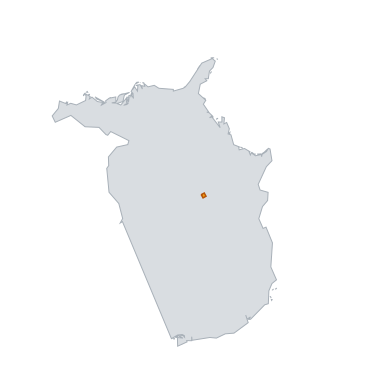 Barber, Kansas, United States of America shown in context, rotated 241°
{"feature_id": "52423323B11094144333814", "entity_name": "Barber", "entity_type": "district", "adm_level": 2, "iso_a3": "USA", "parent_name": "United States of America", "parent_adm1": "Kansas", "projection": "orthographic", "projection_center": [-98.676, 37.234], "detail": "fine", "context": "in_parent", "style": "filled", "palette": "amber", "viewbox_px": 384, "rotation_deg": 241, "n_neighbors": 0, "source": "geoboundaries", "source_scale": "gbopen_adm2", "svg_char_len": 3974}
<svg xmlns="http://www.w3.org/2000/svg" viewBox="0 0 384 384"><g transform="rotate(241 192 192)"><path d="M300.9,130.1L317.7,123.2L319.3,106.2L326.3,106.6L329.9,115.6L335.8,120.2L330.3,124.7L330.5,126.5L328.7,124.8L328.4,128.9L324.2,133.1L323.6,143.3L327.8,146.2L329.7,145.1L328.6,143.6L329.5,144.2L330.3,146.0L324.9,149.2L323.2,147.4L323.5,150.5L317.0,153.1L312.8,158.3L312.8,156.0L311.9,154.8L311.9,160.2L313.6,160.6L314.2,165.0L312.1,171.4L307.5,169.0L308.9,165.0L306.9,168.0L308.9,171.6L311.0,173.4L311.9,175.7L309.4,185.7L309.5,179.8L304.7,175.5L305.7,169.3L302.6,171.9L305.8,179.8L301.7,178.1L300.6,178.7L301.1,175.9L300.8,175.1L300.1,177.4L300.5,179.1L306.5,181.0L305.6,182.8L302.6,180.5L301.6,180.2L305.4,183.0L306.8,183.3L306.5,185.6L304.5,184.4L307.8,186.9L307.2,187.5L305.7,186.2L302.2,186.2L306.9,188.2L309.5,187.5L313.8,194.5L310.2,189.2L311.8,192.8L306.7,193.2L311.0,196.1L312.5,194.6L311.1,198.6L306.1,198.5L309.4,199.6L307.3,201.9L310.4,202.5L305.3,204.5L303.6,210.7L298.8,213.3L290.8,225.4L289.3,224.6L287.0,234.5L287.1,236.9L289.7,243.6L300.0,263.0L298.9,274.4L295.2,275.8L290.7,270.7L289.3,265.9L283.2,261.2L284.7,258.4L282.1,258.9L282.3,251.5L275.0,245.3L265.5,248.5L263.3,244.5L253.6,245.4L254.7,243.6L253.1,245.4L248.8,246.7L248.5,243.4L247.9,245.8L234.6,247.8L240.5,248.9L238.7,252.1L243.3,254.6L241.2,256.4L236.1,252.9L236.0,256.0L229.2,255.3L225.3,251.7L223.1,253.8L213.2,251.4L207.7,255.9L209.1,254.7L206.0,253.7L204.6,259.0L198.7,262.5L200.1,261.5L196.1,261.0L197.5,262.8L192.9,265.1L191.2,270.8L189.1,270.0L190.9,271.5L191.3,276.8L193.2,279.9L191.8,281.1L180.6,277.1L178.1,269.3L166.6,253.6L160.7,252.5L154.8,258.4L147.9,254.0L145.1,246.6L136.3,237.5L125.7,236.5L125.4,239.7L108.5,237.7L88.2,224.6L74.2,223.3L73.2,217.6L68.3,211.3L57.3,204.6L58.1,200.9L52.3,181.6L53.0,179.9L54.4,182.6L54.1,178.6L58.3,179.3L50.5,177.8L48.2,160.3L51.8,152.4L52.4,142.5L56.1,137.1L62.3,120.1L65.6,121.6L62.1,119.6L64.6,115.3L63.3,115.0L64.1,104.7L71.8,108.7L68.6,113.3L72.5,110.5L70.9,114.6L68.6,115.1L70.0,115.7L72.1,114.4L73.9,110.2L73.7,102.9L199.8,116.8L199.7,114.2L202.4,118.5L217.4,122.4L232.0,119.3L254.0,128.9L255.4,131.9L263.2,135.9L267.8,147.9L264.6,158.8L267.5,161.7L284.3,150.2L282.5,145.8L283.9,144.6L293.6,142.0L300.9,130.1ZM319.6,154.6L322.3,153.2L312.8,159.1L320.4,153.1L319.6,154.6ZM73.0,107.2L73.3,110.2L73.1,110.6L72.2,108.1L73.0,107.2ZM193.0,279.0L191.5,274.4L191.6,271.8L191.8,274.5L193.0,279.0ZM331.1,124.8L331.5,126.2L331.0,126.1L331.1,124.8ZM225.5,253.1L225.8,254.1L224.7,253.3L225.5,253.1ZM61.0,210.0L62.5,209.7L62.5,209.9L61.0,210.0ZM59.6,209.3L59.0,209.9L58.6,209.1L59.6,209.3ZM327.6,148.6L327.1,149.7L326.8,149.5L327.6,148.6ZM192.4,269.3L191.6,271.4L193.6,267.3L192.4,269.3ZM296.9,256.6L298.9,260.4L296.6,256.2L296.9,256.6ZM67.3,215.0L67.7,216.3L67.2,215.1L67.3,215.0ZM299.6,274.9L298.6,276.4L300.2,273.3L299.6,274.9ZM314.7,196.9L313.9,198.8L314.0,194.8L314.7,196.9ZM72.6,104.7L72.4,105.5L72.0,105.0L72.6,104.7ZM197.6,263.6L195.4,264.6L197.6,263.3L197.6,263.6ZM330.5,148.1L330.7,149.1L329.8,149.1L330.5,148.1ZM66.7,218.1L66.9,219.6L66.5,218.2L66.7,218.1ZM194.9,265.4L194.1,266.0L194.8,265.1L194.9,265.4ZM311.8,177.5L311.1,180.0L311.8,176.7L311.8,177.5ZM207.1,256.8L205.7,257.7L207.7,256.2L207.1,256.8ZM287.4,235.6L287.4,237.3L287.1,236.2L287.4,235.6ZM311.0,202.6L310.6,203.1L311.6,201.5L311.0,202.6ZM269.0,247.6L267.4,248.7L266.7,248.6L269.0,247.6ZM248.2,246.5L247.9,246.8L246.9,246.8L248.2,246.5ZM287.6,266.4L287.9,267.5L287.2,266.2L287.6,266.4ZM244.1,249.3L243.9,250.5L243.7,248.5L244.1,249.3ZM296.3,278.5L295.4,278.8L296.6,278.2L296.3,278.5ZM314.2,165.8L313.9,167.0L314.2,165.3L314.2,165.8ZM313.0,199.4L312.6,199.9L313.0,199.4Z" fill="#d9dde1" stroke="#a8b0b8" stroke-width="1"/><path d="M185.2,199.4L184.6,199.4L184.6,198.8L181.5,198.8L181.5,199.4L181.5,202.2L182.2,202.2L182.3,202.2L182.7,202.2L182.9,202.2L183.1,202.2L184.1,202.2L184.8,202.2L185.2,202.2L185.2,199.4Z" fill="#f59e0b" stroke="#b45309" stroke-width="1.5"/></g></svg>